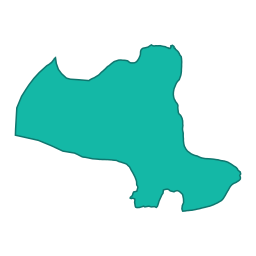 Xamneua, Houaphan, Laos (orthographic projection)
{"feature_id": "54806243B30579322269888", "entity_name": "Xamneua", "entity_type": "district", "adm_level": 2, "iso_a3": "LAO", "parent_name": "Laos", "parent_adm1": "Houaphan", "projection": "orthographic", "projection_center": [104.067, 20.373], "detail": "fine", "context": "isolated", "style": "filled", "palette": "teal", "viewbox_px": 256, "rotation_deg": 0, "n_neighbors": 0, "source": "geoboundaries", "source_scale": "gbopen_adm2", "svg_char_len": 5673}
<svg xmlns="http://www.w3.org/2000/svg" viewBox="0 0 256 256"><path d="M55.5,57.8L55.2,58.1L54.8,58.2L54.5,58.4L54.2,58.9L54.0,59.5L53.8,59.9L53.5,60.0L53.3,60.2L53.0,60.7L52.4,61.4L52.1,61.8L51.8,62.1L51.6,62.5L51.3,62.6L51.1,62.9L50.8,63.0L50.4,63.2L50.1,63.5L49.8,63.9L46.7,65.8L39.2,72.6L33.9,78.4L29.1,84.7L25.7,89.8L21.6,96.3L16.8,107.9L15.6,129.1L15.4,135.2L24.4,137.2L38.2,140.3L51.1,145.6L62.9,151.1L74.7,153.1L76.1,153.8L77.5,154.4L79.0,155.2L80.4,155.9L81.0,156.2L81.7,156.6L82.8,157.0L83.3,157.1L84.6,157.2L85.4,157.3L86.9,157.6L88.5,157.9L90.3,158.3L91.7,158.6L92.7,158.8L94.3,158.9L97.0,159.1L98.2,159.2L99.5,159.4L100.8,159.4L102.3,159.5L104.8,159.5L106.5,159.6L107.9,159.6L109.0,159.7L111.9,159.9L112.9,160.1L114.0,160.2L115.1,160.3L116.4,160.4L117.5,160.9L119.0,161.6L120.2,161.9L121.0,162.1L123.3,162.9L124.6,163.3L125.7,163.7L126.9,164.3L127.7,165.2L128.2,165.7L128.9,166.3L129.5,166.8L130.2,168.1L131.5,170.6L132.1,171.5L132.6,172.4L133.0,173.1L134.9,176.8L136.1,179.9L136.6,181.8L136.7,184.9L137.5,186.0L137.9,187.5L137.4,189.0L136.8,191.2L133.6,192.0L132.9,193.6L132.6,194.8L132.1,195.8L130.3,197.4L130.2,198.2L131.3,198.6L132.5,198.2L134.7,198.9L134.9,200.1L134.6,202.2L135.2,206.0L135.6,207.1L136.8,207.6L139.3,207.5L143.7,206.2L144.8,206.9L148.9,206.2L151.2,206.9L154.6,206.6L156.3,207.4L157.4,206.3L158.3,203.7L159.0,201.2L160.4,198.1L161.9,194.8L163.0,193.2L163.4,190.0L165.2,189.4L167.2,189.1L168.7,189.5L170.3,190.9L174.0,191.8L175.2,191.1L177.1,190.6L178.8,191.1L180.3,192.2L182.6,194.5L183.0,196.4L183.5,198.9L183.6,202.6L182.9,204.2L182.3,205.6L181.9,208.9L182.6,211.1L182.9,211.1L183.5,211.1L184.5,211.0L185.1,211.0L185.9,210.8L186.6,210.7L187.1,210.6L187.9,210.6L190.5,210.3L192.0,210.2L195.6,209.5L197.2,209.1L198.9,208.8L200.2,208.5L201.4,208.1L202.7,207.8L204.5,207.4L206.1,207.0L207.3,206.7L208.0,206.5L209.8,206.1L210.9,205.7L212.4,205.1L213.6,204.7L214.3,204.3L215.8,203.6L217.4,202.9L218.7,202.1L220.1,201.3L221.0,200.8L221.8,200.2L222.7,199.2L223.3,198.5L224.7,196.2L225.0,195.8L225.5,194.9L226.4,193.2L227.0,192.2L227.7,190.9L228.4,189.9L229.0,188.7L229.5,187.8L230.3,186.5L231.1,185.5L231.9,184.7L232.7,184.1L233.9,183.3L235.2,182.8L236.6,182.1L237.2,181.6L238.3,181.0L239.2,180.3L239.9,179.6L240.3,179.0L240.4,178.5L240.4,178.0L240.4,177.2L239.8,175.7L239.7,175.3L240.1,174.8L240.6,174.2L240.6,173.6L240.6,173.1L240.2,172.6L240.2,172.4L240.2,171.9L239.5,171.5L238.7,170.7L237.8,170.0L237.7,169.7L237.6,169.3L237.5,169.0L237.1,168.6L236.5,167.8L235.9,167.3L235.2,166.8L234.3,166.3L233.0,165.4L232.0,164.7L230.5,163.7L229.7,163.3L229.1,162.9L228.5,162.6L228.1,162.3L227.3,162.0L226.5,161.7L225.7,161.5L224.5,161.1L223.1,160.9L222.6,160.8L221.7,160.7L220.9,160.6L219.4,160.2L218.5,159.9L217.2,159.7L216.1,159.6L215.0,159.4L213.6,159.2L211.8,159.0L210.5,158.9L209.0,158.8L207.6,158.7L206.6,158.7L205.9,158.6L205.1,158.6L204.1,158.4L203.0,158.2L201.6,157.9L200.5,157.5L199.5,157.1L198.0,156.4L197.2,156.0L195.0,155.5L193.2,154.8L192.1,154.3L190.9,153.7L190.4,153.3L189.9,152.9L189.2,152.4L188.7,152.0L188.1,151.6L187.5,151.1L187.1,150.7L186.8,150.3L186.5,149.8L186.1,149.4L185.9,149.1L185.7,148.7L184.2,145.9L184.2,145.4L183.8,144.1L183.7,143.1L183.4,140.8L183.4,139.6L183.4,138.5L183.3,137.7L183.2,136.3L183.2,133.2L183.0,132.1L182.7,130.9L182.5,129.0L182.6,127.7L182.9,125.2L182.7,124.3L182.7,123.2L182.7,121.9L182.6,120.6L182.2,119.1L182.1,118.3L181.6,117.4L181.2,116.4L180.9,116.0L180.6,115.4L179.9,114.7L179.2,114.2L178.6,113.0L178.3,112.6L178.2,111.1L178.0,109.9L177.9,108.9L177.8,107.9L177.8,107.2L177.9,106.2L177.9,105.3L177.5,104.3L176.6,102.9L176.0,102.2L175.4,101.3L174.9,100.1L174.2,99.0L173.8,97.6L173.6,96.6L173.3,94.2L173.4,93.2L173.4,92.5L173.6,91.0L173.9,89.4L174.3,88.0L174.8,86.9L175.2,85.9L175.7,84.6L176.3,83.3L177.1,82.0L178.1,80.8L179.3,79.6L179.4,79.2L179.9,77.8L180.5,76.2L180.9,74.8L181.2,72.9L181.4,71.1L181.4,69.6L181.6,66.4L181.6,65.2L181.6,64.0L181.7,62.9L181.7,61.4L181.6,60.0L181.5,58.5L181.2,56.7L179.7,54.7L179.3,53.6L178.1,51.7L177.3,50.9L176.6,50.2L175.9,49.7L175.2,48.8L175.1,48.4L175.0,48.2L174.8,48.2L174.7,48.2L174.6,48.3L174.4,48.2L174.2,48.0L174.1,47.9L174.1,47.7L174.0,47.4L174.0,47.2L174.1,46.9L174.1,46.7L173.8,46.4L173.7,46.2L173.4,46.0L172.8,45.6L172.4,45.3L172.2,45.3L171.6,45.7L171.4,45.8L171.2,45.8L170.9,45.8L170.9,46.0L171.0,46.2L171.1,46.3L171.1,46.5L170.9,46.6L170.8,46.8L170.7,47.0L170.8,47.2L170.8,47.4L170.8,47.5L170.6,47.9L170.4,48.1L170.2,48.4L170.1,48.5L169.8,48.4L169.7,48.3L169.5,48.2L169.4,48.3L169.2,48.4L168.7,48.4L168.6,48.2L168.4,48.0L168.3,47.9L168.2,47.8L167.8,47.8L167.6,47.8L167.2,47.6L166.7,47.4L166.4,47.3L166.1,47.2L165.9,47.0L165.6,46.9L165.3,46.7L162.8,46.3L160.2,45.7L157.2,45.8L155.9,45.7L154.0,46.0L152.7,45.7L152.1,45.4L151.4,44.9L150.1,45.7L148.2,47.0L146.4,47.5L144.7,47.9L143.0,48.2L141.7,49.1L141.6,49.3L141.3,49.6L141.0,50.1L140.6,51.4L140.5,52.4L140.5,53.2L140.4,54.3L140.3,55.0L139.9,56.1L139.0,58.2L138.5,59.1L137.8,60.1L137.2,60.9L136.7,61.5L135.9,62.1L135.0,62.6L134.4,62.8L133.4,62.9L132.6,62.9L131.4,62.9L130.7,62.8L130.1,62.7L129.4,62.2L128.8,61.8L127.9,61.0L127.5,60.8L126.8,60.6L126.5,60.6L125.5,60.4L124.7,60.3L124.0,60.3L122.7,60.2L122.0,60.2L121.7,60.1L120.6,60.0L118.7,60.1L117.4,60.5L116.6,60.8L114.9,61.3L114.5,61.5L113.7,61.9L113.2,62.3L112.6,62.8L111.7,63.4L111.1,63.9L110.2,64.7L109.5,65.3L109.0,65.7L108.4,66.1L107.8,66.4L107.2,66.9L105.4,68.8L103.3,70.7L102.9,71.1L101.5,72.2L100.3,73.4L99.6,74.2L98.7,75.0L97.8,75.6L96.4,76.4L95.0,77.3L94.2,77.8L93.3,78.1L92.7,78.4L91.6,78.9L90.1,79.7L89.0,80.6L78.1,79.7L70.3,79.2L66.4,78.1L61.5,73.6L58.4,69.4L56.3,63.5L55.5,57.8Z" fill="#14b8a6" stroke="#0f766e" stroke-width="1.5"/></svg>